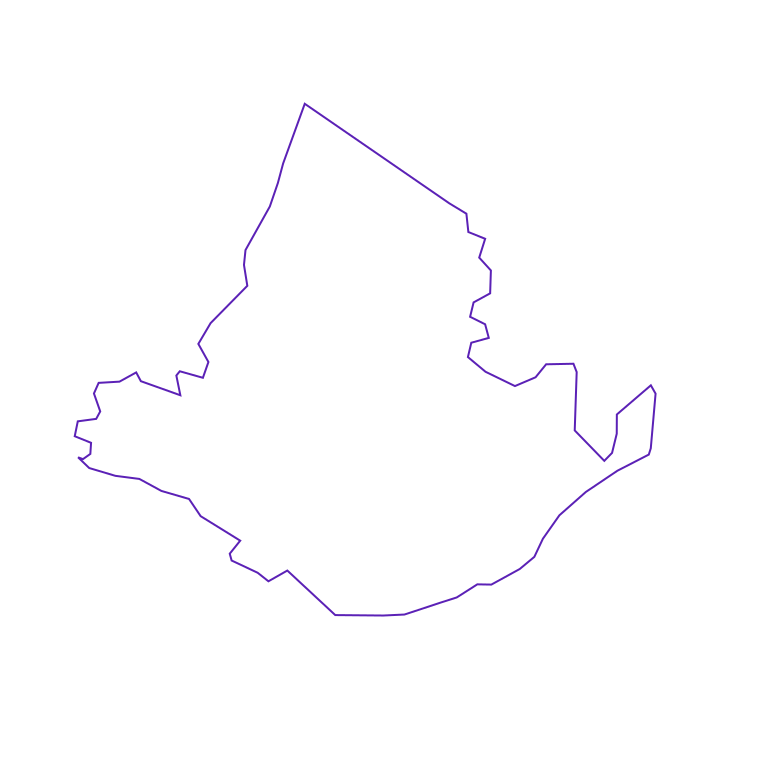 Filingué, Tillabéri, Niger, rotated 21°
{"feature_id": "23599985B22646074094064", "entity_name": "Filingué", "entity_type": "district", "adm_level": 2, "iso_a3": "NER", "parent_name": "Niger", "parent_adm1": "Tillabéri", "projection": "albers", "projection_center": [3.193, 14.311], "detail": "fine", "context": "isolated", "style": "outline", "palette": "violet", "viewbox_px": 768, "rotation_deg": 21, "n_neighbors": 0, "source": "geoboundaries", "source_scale": "gbopen_adm2", "svg_char_len": 1149}
<svg xmlns="http://www.w3.org/2000/svg" viewBox="0 0 768 768"><g transform="rotate(21 384 384)"><path d="M124.7,562.1L138.9,568.1L166.1,566.0L189.6,560.3L214.5,563.6L243.2,561.2L260.2,573.1L305.9,581.8L300.8,597.7L305.0,603.4L333.7,605.5L346.8,609.6L360.6,592.8L421.3,617.2L466.3,600.4L485.7,591.9L515.3,567.7L528.4,557.2L542.9,537.6L556.1,532.8L557.8,530.8L577.0,508.1L586.3,491.5L587.8,471.5L594.8,443.7L611.1,412.5L633.0,381.3L656.5,355.0L656.1,348.4L641.0,295.7L633.6,289.6L612.3,329.0L619.1,347.0L621.6,366.6L617.2,376.8L578.7,359.0L559.6,303.8L553.6,297.2L528.3,307.5L523.1,323.4L507.0,339.0L474.4,336.2L452.7,328.8L450.7,314.2L465.3,303.4L457.0,292.0L440.3,290.4L438.4,275.7L450.6,261.3L443.1,239.7L427.6,231.9L426.4,212.2L408.3,211.9L399.9,195.5L380.1,191.9L209.6,150.8L210.8,214.3L212.9,234.4L213.8,259.2L206.7,308.6L210.6,323.0L221.2,341.3L200.3,389.3L196.3,413.1L212.2,426.4L212.7,443.1L188.8,445.3L187.1,450.5L197.9,467.5L156.0,468.5L148.5,462.0L136.2,476.6L117.2,485.2L116.6,496.8L128.9,511.3L127.8,519.7L111.5,528.6L114.0,543.6L131.6,543.9L134.9,554.5L129.9,562.0L124.7,562.1Z" fill="none" stroke="#5b21b6" stroke-width="2"/></g></svg>